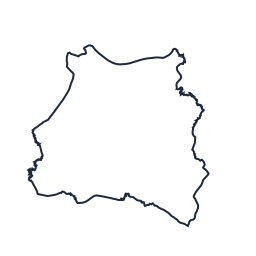 Xaythany, Vientiane [prefecture], Laos (Mercator projection), rotated 107°
{"feature_id": "54806243B16467343540184", "entity_name": "Xaythany", "entity_type": "district", "adm_level": 2, "iso_a3": "LAO", "parent_name": "Laos", "parent_adm1": "Vientiane [prefecture]", "projection": "mercator", "projection_center": [102.749, 18.15], "detail": "fine", "context": "isolated", "style": "outline", "palette": "slate", "viewbox_px": 256, "rotation_deg": 107, "n_neighbors": 0, "source": "geoboundaries", "source_scale": "gbopen_adm2", "svg_char_len": 5722}
<svg xmlns="http://www.w3.org/2000/svg" viewBox="0 0 256 256"><g transform="rotate(107 128 128)"><path d="M74.2,207.3L77.5,207.3L81.7,206.2L83.6,205.1L85.3,204.6L86.6,204.6L87.4,204.2L90.3,199.2L91.2,197.2L92.5,195.7L96.8,195.0L102.0,195.5L107.6,195.5L112.6,196.4L119.8,198.4L137.6,204.6L143.6,206.9L147.1,210.7L148.8,211.6L150.0,212.8L153.1,214.9L155.4,216.8L157.7,218.4L157.8,217.7L158.0,217.6L159.0,217.9L160.4,217.9L161.3,216.3L161.7,216.3L161.9,215.9L162.4,216.1L162.5,216.0L162.5,215.3L163.3,215.8L163.9,215.0L164.4,214.8L164.3,214.0L164.6,213.5L164.8,213.5L165.1,214.2L165.4,214.1L165.6,213.3L166.2,213.3L166.4,212.9L166.9,212.9L167.0,212.2L167.3,212.1L167.6,212.6L168.0,212.6L168.4,211.4L167.4,210.7L168.2,210.8L168.5,210.5L168.8,210.9L168.9,210.4L168.4,209.7L168.5,209.2L169.0,208.9L169.6,209.2L169.7,208.9L170.1,208.9L169.7,208.3L170.4,208.6L170.4,208.1L170.1,207.6L170.5,207.1L176.5,203.6L179.1,201.6L179.5,201.5L181.1,202.3L181.7,202.0L181.6,201.5L181.8,201.4L182.0,201.4L182.2,202.2L184.0,201.9L184.2,203.1L183.7,203.1L184.0,203.5L184.1,204.5L184.8,204.5L184.8,205.2L185.2,205.6L185.8,205.6L186.1,206.3L187.1,206.7L187.6,207.4L188.0,206.8L188.2,207.5L188.7,206.9L189.2,207.0L189.4,206.6L189.9,206.6L190.2,205.5L191.0,205.5L191.2,205.9L191.6,205.2L191.3,204.7L192.1,204.9L192.7,204.6L193.5,204.5L194.8,204.9L195.1,204.7L195.3,205.2L195.7,205.4L195.1,206.3L194.7,207.7L195.3,207.7L195.1,207.0L195.4,206.6L195.8,206.5L196.5,207.5L197.3,208.2L196.3,208.9L196.1,209.3L196.4,209.9L196.1,210.0L197.4,211.1L198.2,209.4L198.6,209.4L198.8,209.8L199.2,209.6L199.4,208.9L198.9,208.1L199.0,207.5L199.8,207.3L200.4,207.9L200.7,208.9L201.2,209.0L200.5,207.4L201.5,205.7L202.3,205.8L203.2,206.3L202.9,207.3L203.5,207.6L203.5,207.8L204.3,207.7L204.0,207.2L204.8,207.4L205.0,207.9L205.5,207.7L206.4,207.7L207.1,205.8L206.7,205.2L207.2,204.9L207.7,203.7L209.1,202.6L212.0,199.4L215.4,196.3L217.5,195.1L216.6,185.1L213.5,178.7L211.9,176.4L210.1,174.3L209.6,173.4L209.6,172.8L208.3,172.5L207.9,172.1L207.8,171.1L208.1,169.6L209.1,167.4L208.6,166.2L208.1,165.9L208.0,165.0L207.5,164.3L208.1,164.1L207.7,163.2L207.9,163.0L208.4,162.9L208.0,162.5L208.7,161.7L208.8,160.5L209.1,159.9L208.9,159.3L209.9,159.0L210.0,158.1L210.6,158.3L210.8,157.5L211.6,157.8L212.1,156.6L212.8,156.2L213.4,155.5L214.1,155.2L214.4,154.0L214.1,153.0L213.4,151.6L212.9,149.9L211.4,147.5L209.2,145.4L203.6,141.2L202.6,140.1L201.6,138.1L200.7,131.1L200.0,123.1L199.9,120.1L199.6,118.7L199.7,116.5L198.6,112.5L198.1,113.0L198.2,113.8L197.5,113.9L197.4,112.8L197.9,111.8L197.7,111.0L196.6,111.0L195.9,111.5L194.3,110.6L193.7,109.9L193.4,110.0L193.3,111.1L193.0,111.3L191.4,110.9L191.3,110.5L191.9,110.0L190.7,108.5L190.8,108.1L191.5,107.6L192.6,107.5L193.1,106.6L192.6,102.9L194.4,97.9L193.9,94.3L194.2,93.8L195.0,93.5L195.3,92.9L195.1,92.4L194.6,92.1L194.4,91.6L194.4,91.1L197.1,89.5L197.6,88.9L195.7,86.8L195.6,85.7L194.1,85.0L194.2,83.4L192.9,82.5L192.9,81.9L193.6,81.1L194.5,79.5L194.1,78.5L194.1,77.9L195.2,75.1L196.0,68.9L196.6,67.5L197.4,64.3L199.5,60.5L200.0,58.2L200.8,56.3L201.2,54.3L202.5,52.5L203.1,51.2L203.3,50.1L203.1,46.6L204.1,42.0L199.3,41.9L197.8,41.0L196.8,39.2L195.8,38.4L194.5,37.9L189.9,38.5L187.9,37.9L184.2,37.7L181.7,38.2L180.8,38.9L176.0,43.2L175.0,44.6L174.4,45.1L173.6,45.2L169.7,44.5L161.8,41.5L159.6,41.0L156.2,40.9L154.7,40.5L149.7,38.0L148.2,37.6L147.8,37.8L145.8,40.4L144.9,42.2L144.5,43.9L143.9,44.6L142.0,44.1L140.4,44.0L138.2,45.6L136.8,47.9L136.9,48.4L138.1,49.3L137.3,50.9L137.2,52.4L137.5,53.4L137.1,54.9L136.6,55.2L136.2,54.8L135.9,54.8L135.5,55.6L135.2,55.6L134.5,56.5L133.4,56.3L133.2,57.3L131.7,57.7L130.2,59.5L129.4,59.9L129.5,60.2L122.7,59.7L117.0,61.0L116.4,62.7L114.7,64.5L114.3,64.7L114.0,64.6L112.5,65.2L109.2,65.6L108.6,66.2L106.9,65.2L106.0,65.1L105.5,65.7L105.3,65.2L104.5,65.5L104.2,64.9L103.8,65.1L103.2,64.6L102.7,64.7L102.2,64.3L101.4,64.1L101.0,64.3L101.0,65.2L99.1,63.6L98.2,64.0L98.2,62.8L97.4,62.3L96.2,62.4L95.3,62.9L94.6,62.5L94.5,62.2L93.8,62.6L92.7,62.5L90.6,61.9L90.3,61.4L89.9,61.4L89.1,60.8L88.6,60.9L88.4,61.1L88.7,62.0L88.1,62.9L87.5,63.2L86.0,63.5L86.1,64.5L85.5,64.5L84.7,65.2L85.1,67.1L84.7,67.7L85.0,67.9L85.4,67.9L85.6,67.5L85.8,68.2L85.5,68.5L85.1,68.6L84.0,69.9L82.5,69.7L81.9,69.8L81.7,70.2L81.0,70.4L81.2,70.9L81.0,71.1L81.2,71.4L80.4,71.7L80.2,72.6L79.9,73.1L79.3,73.3L79.6,73.7L79.5,74.0L78.5,74.6L78.8,74.8L78.6,75.2L78.9,75.4L79.2,75.8L79.0,76.5L78.3,77.4L78.0,77.2L77.9,76.4L77.4,76.5L77.0,77.3L76.9,78.2L76.3,79.1L76.5,79.5L77.1,78.9L77.9,78.9L78.9,79.5L79.4,80.5L78.9,81.5L79.7,82.1L79.5,83.8L80.1,84.3L79.9,84.7L78.7,85.0L79.3,85.3L79.5,86.1L80.1,86.5L80.0,86.9L80.7,87.3L79.4,87.8L79.3,88.5L78.5,88.7L78.2,88.1L79.1,87.2L78.8,86.9L77.4,87.4L77.0,88.2L76.4,88.4L75.4,88.3L75.6,87.4L75.3,87.1L73.9,87.9L73.7,89.2L75.0,90.2L76.1,90.6L76.6,92.9L75.8,92.9L72.4,94.4L70.5,94.4L65.9,92.2L64.3,92.0L63.6,92.1L62.2,93.0L58.8,97.4L57.5,98.3L55.8,99.0L54.7,98.7L52.0,97.1L50.8,95.6L50.6,94.2L49.8,94.5L49.2,94.2L48.7,93.6L48.6,92.7L47.9,92.7L47.4,93.3L47.0,93.4L47.1,94.0L45.8,94.0L45.2,94.2L45.1,94.7L44.7,94.8L44.3,95.8L44.1,95.8L43.6,95.1L43.7,95.9L42.6,96.4L43.6,96.6L43.8,96.9L43.0,97.1L42.8,97.5L42.2,97.2L42.2,97.6L42.8,98.8L43.7,99.1L43.4,99.4L43.9,100.1L43.2,100.4L42.9,100.2L42.2,101.4L40.5,102.9L40.1,103.8L39.4,103.6L39.3,104.0L38.5,105.6L38.7,106.9L40.1,108.0L41.9,107.9L46.0,110.0L49.2,113.0L50.7,115.0L51.9,120.5L52.6,122.4L56.1,130.5L58.6,135.0L65.8,145.6L67.7,149.5L69.6,154.5L70.2,157.8L70.2,159.5L70.1,161.9L69.1,166.9L65.4,176.9L62.9,182.1L60.1,185.9L60.0,188.6L60.8,190.0L64.2,193.3L64.9,193.3L66.2,191.5L68.4,190.1L69.4,190.3L70.9,193.6L72.4,195.3L74.0,196.4L73.7,201.8L73.9,203.5L73.0,206.2L74.2,207.3Z" fill="none" stroke="#1e293b" stroke-width="2"/></g></svg>